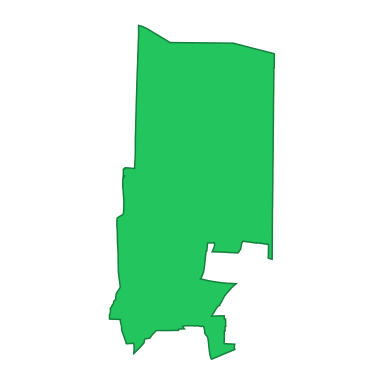 Rayón, México, Mexico, rotated 269°
{"feature_id": "50627088B92517734283443", "entity_name": "Rayón", "entity_type": "district", "adm_level": 2, "iso_a3": "MEX", "parent_name": "Mexico", "parent_adm1": "México", "projection": "mercator", "projection_center": [-99.574, 19.139], "detail": "fine", "context": "isolated", "style": "filled", "palette": "green", "viewbox_px": 384, "rotation_deg": 269, "n_neighbors": 0, "source": "geoboundaries", "source_scale": "gbopen_adm2", "svg_char_len": 3639}
<svg xmlns="http://www.w3.org/2000/svg" viewBox="0 0 384 384"><g transform="rotate(269 192 192)"><path d="M24.5,208.9L26.6,214.0L30.2,222.9L33.8,232.1L34.7,231.8L35.8,231.6L36.5,231.6L38.0,231.8L39.1,232.1L39.8,221.5L46.1,221.8L52.2,221.8L52.5,222.0L52.4,222.5L52.6,222.7L56.9,222.6L57.0,223.4L64.4,223.3L64.6,222.0L67.6,222.1L67.7,217.4L67.5,209.4L72.5,212.6L77.2,215.7L78.2,217.7L78.3,217.6L78.8,217.6L79.4,218.0L79.9,218.4L80.9,219.1L81.9,219.8L82.3,220.0L83.0,220.3L83.8,220.7L84.8,221.2L85.9,221.9L87.2,222.6L87.9,223.1L88.6,223.8L89.6,224.5L90.4,225.2L90.8,225.7L93.6,228.1L95.5,229.9L96.7,231.1L97.4,231.9L99.0,233.9L99.5,234.5L99.6,233.3L99.8,230.9L100.0,228.8L100.0,226.6L100.3,223.9L100.8,219.7L101.5,215.0L102.0,212.2L103.0,206.9L103.9,203.5L105.0,198.8L106.3,199.9L108.9,201.0L111.3,202.0L114.6,202.7L119.5,203.4L126.2,204.2L132.8,205.1L132.8,205.8L140.8,206.7L140.7,213.6L138.5,213.6L136.9,213.4L135.9,213.0L134.5,212.3L132.8,211.7L131.9,211.1L131.5,218.2L131.3,222.9L131.0,226.3L130.7,229.8L130.6,232.3L130.4,234.3L130.3,235.9L130.2,236.8L130.9,237.2L130.9,237.5L134.2,239.7L139.3,240.6L141.9,242.0L139.8,255.5L140.2,255.6L139.2,261.6L138.2,267.6L129.1,267.3L124.5,267.1L123.3,270.9L123.8,271.0L133.3,271.2L141.7,271.4L145.9,271.5L150.2,271.6L158.6,271.8L162.8,271.9L171.2,272.1L179.9,272.4L184.2,272.5L188.5,272.6L197.2,272.9L205.8,273.1L214.2,273.3L222.6,273.6L226.8,273.7L231.0,273.8L239.4,274.0L243.6,274.1L252.1,274.3L260.5,274.6L268.9,274.8L273.1,274.9L281.5,275.1L285.7,275.2L289.9,275.4L298.3,275.6L303.3,275.7L308.3,275.9L313.3,276.0L314.6,276.1L314.6,276.4L319.1,276.5L323.5,276.6L327.9,276.7L328.8,276.7L331.5,267.0L334.2,257.0L337.1,246.6L340.1,235.7L341.0,202.6L341.6,180.5L341.8,172.7L345.8,166.4L348.8,161.6L352.0,156.4L356.0,150.1L358.5,145.0L359.0,142.8L359.5,141.5L353.7,141.4L348.5,141.3L342.7,140.9L337.5,140.7L330.9,140.3L324.4,140.0L318.7,139.7L312.2,139.3L305.6,139.0L300.7,138.7L299.0,138.7L292.8,138.4L286.9,138.1L279.5,137.7L277.4,137.7L276.1,137.6L269.0,137.3L267.3,137.2L265.5,137.1L260.1,136.9L255.1,136.7L248.5,136.4L243.1,136.2L238.3,136.1L236.5,136.1L227.7,135.8L220.9,135.3L216.5,135.0L217.5,125.5L217.2,125.3L216.8,125.2L216.2,125.2L216.2,123.8L209.8,123.6L209.2,123.5L209.3,123.6L209.2,124.9L206.9,123.6L206.4,123.1L204.8,123.0L202.6,122.9L200.7,122.9L199.0,122.8L197.4,122.9L195.8,123.1L194.3,123.2L193.2,123.2L187.7,123.5L185.9,123.6L184.1,123.7L182.5,123.7L180.9,123.6L179.9,123.5L178.4,123.5L175.6,123.4L172.1,123.1L170.6,122.5L169.4,120.2L167.9,117.5L167.2,116.7L163.8,116.4L159.6,116.3L157.4,116.4L155.3,116.6L148.3,116.6L141.9,116.6L134.8,117.0L125.2,117.0L117.2,117.0L113.8,117.0L113.2,117.0L105.5,117.8L101.4,118.3L98.0,118.6L96.1,117.4L92.8,115.1L91.2,114.4L89.1,114.1L87.3,113.9L85.6,113.8L85.2,113.0L84.6,112.2L83.5,111.7L81.7,111.5L80.7,110.5L78.1,109.2L77.1,108.3L74.6,108.3L73.5,108.3L71.5,107.9L70.7,107.3L68.7,107.4L68.2,107.3L66.4,107.3L65.8,118.3L64.7,118.0L61.2,118.6L59.1,119.2L56.9,119.2L54.5,119.5L50.0,121.0L42.9,123.4L41.7,123.5L41.4,123.8L41.7,131.2L39.3,131.4L37.1,131.4L34.5,131.3L32.5,130.9L31.4,131.0L32.6,132.2L33.9,133.5L36.6,136.5L41.1,140.6L42.3,141.5L44.9,141.9L45.9,142.5L46.6,147.3L47.7,148.1L50.0,149.8L54.1,153.9L54.1,155.3L53.9,162.7L53.9,176.1L54.2,176.2L55.2,176.2L55.3,182.0L56.8,180.8L57.9,180.2L58.0,180.4L58.4,184.1L58.3,186.8L58.3,189.4L58.0,192.9L58.2,195.5L57.8,196.7L57.5,198.1L57.4,199.0L57.7,200.6L57.1,201.3L55.2,201.8L53.4,202.2L51.6,202.3L50.5,202.3L48.6,203.6L47.1,204.8L45.2,205.4L42.7,205.7L36.5,206.2L32.5,206.6L29.0,207.1L26.6,207.7L25.2,208.2L24.9,208.2L24.5,208.9Z" fill="#22c55e" stroke="#15803d" stroke-width="1.5"/></g></svg>